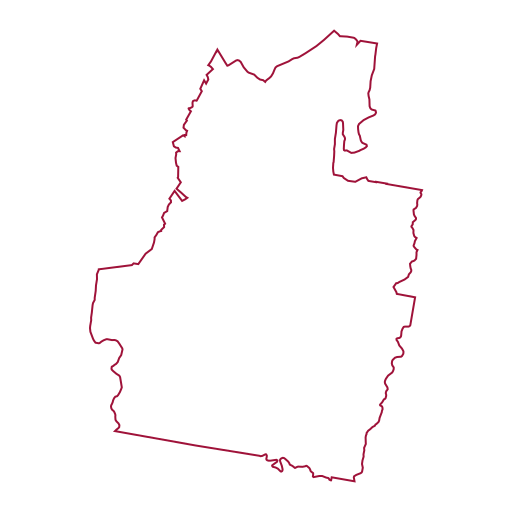 outline of Campbelltown (NSW), New South Wales, Australia
{"feature_id": "25037944B45643684874460", "entity_name": "Campbelltown (NSW)", "entity_type": "district", "adm_level": 2, "iso_a3": "AUS", "parent_name": "Australia", "parent_adm1": "New South Wales", "projection": "robinson", "projection_center": [150.89, -34.074], "detail": "fine", "context": "isolated", "style": "outline", "palette": "rose", "viewbox_px": 512, "rotation_deg": 0, "n_neighbors": 0, "source": "geoboundaries", "source_scale": "gbopen_adm2", "svg_char_len": 6034}
<svg xmlns="http://www.w3.org/2000/svg" viewBox="0 0 512 512"><path d="M98.8,269.3L98.8,269.7L96.9,274.3L97.0,279.2L96.0,285.3L95.7,290.9L94.7,297.8L94.7,299.9L93.0,303.1L92.6,305.1L91.8,312.8L91.1,317.6L91.2,320.2L90.2,325.9L90.0,328.1L90.4,331.8L93.0,338.7L93.9,340.5L95.5,342.7L98.9,343.3L99.7,343.0L101.4,341.6L103.6,340.3L106.4,339.2L107.4,339.2L112.0,340.1L114.3,340.0L115.8,340.3L117.6,341.3L119.2,343.5L122.3,348.4L122.5,349.5L121.2,355.1L119.2,358.0L117.7,362.1L116.1,363.9L114.3,365.0L113.5,365.8L111.8,366.7L111.5,368.3L111.5,369.0L111.8,369.7L113.2,371.1L116.4,373.8L119.1,375.5L119.6,376.1L120.1,377.1L121.8,387.3L121.3,388.8L119.9,392.1L118.1,395.1L117.1,396.2L115.3,396.7L114.1,398.2L113.1,400.4L112.7,402.1L112.0,403.8L111.2,405.3L111.0,406.5L111.3,408.2L112.0,409.6L113.5,410.9L114.1,411.6L115.1,413.9L115.4,415.1L115.3,416.9L115.5,419.8L116.4,421.3L118.5,423.4L119.4,425.1L119.2,427.1L118.3,428.2L116.5,429.6L115.0,431.1L195.7,445.5L259.5,455.8L260.5,456.2L262.3,455.9L265.4,454.3L266.2,454.4L266.8,455.6L266.8,456.5L266.3,459.0L266.7,459.9L267.3,460.3L268.6,460.7L270.3,460.7L276.4,459.8L277.4,460.4L277.4,460.6L277.0,461.8L272.3,465.2L272.1,465.8L272.8,466.8L275.6,467.5L277.9,468.7L280.5,471.3L281.1,471.6L282.0,471.2L282.4,470.6L282.6,469.3L281.8,465.8L280.2,461.5L280.0,460.4L280.2,459.5L280.9,458.7L282.4,457.9L283.3,457.9L284.1,458.1L285.2,458.9L288.2,461.6L289.4,463.4L289.8,464.6L292.4,465.9L294.9,467.9L295.5,467.8L296.4,467.2L298.1,466.6L302.5,466.8L305.1,466.3L306.2,465.8L306.9,466.0L309.3,468.0L310.2,469.6L310.4,470.6L311.0,471.5L313.1,473.1L313.2,474.0L312.9,476.5L313.6,477.1L319.3,476.0L322.2,476.0L326.2,477.6L328.2,478.0L328.8,478.5L329.4,479.7L330.6,480.3L331.1,480.3L331.7,477.3L354.5,481.3L353.8,477.3L354.1,476.3L356.3,474.9L360.6,473.2L361.7,472.4L362.1,471.5L362.8,467.7L362.0,464.0L362.5,460.4L363.6,456.7L363.5,454.3L364.3,450.3L364.1,447.9L365.8,444.0L365.6,437.4L366.0,435.3L366.5,434.3L366.6,433.0L368.2,430.7L370.2,429.2L372.5,427.0L374.8,425.8L375.5,424.5L376.4,424.0L378.5,422.0L379.1,420.7L379.6,417.9L381.8,412.1L381.9,411.0L382.6,409.1L382.4,407.4L382.0,406.4L380.2,405.4L380.0,404.9L380.4,404.2L382.1,402.4L383.9,399.4L385.1,398.8L385.6,398.1L386.2,395.8L386.1,394.3L385.8,393.4L385.9,392.2L386.5,390.7L386.9,390.4L387.7,389.2L387.4,387.4L385.1,383.6L384.8,382.0L385.1,380.6L385.9,378.8L388.1,375.6L392.2,372.5L393.1,370.9L393.7,369.1L393.7,367.4L392.3,365.4L391.8,363.4L392.1,361.1L392.7,359.9L395.0,357.7L397.1,357.0L401.1,356.7L402.0,356.0L403.3,353.8L403.5,351.8L403.2,350.8L401.9,348.5L399.3,345.5L397.9,341.8L396.5,339.9L396.5,338.8L397.2,338.3L399.6,337.9L400.9,336.6L401.2,335.2L401.5,331.4L402.6,328.6L403.7,326.9L404.9,326.6L408.6,326.6L409.6,326.1L410.3,325.2L415.1,297.3L396.8,293.9L396.4,292.2L393.5,287.0L396.2,283.2L397.6,283.1L399.3,282.0L404.6,279.5L408.1,276.9L408.9,274.3L410.7,272.3L411.3,270.9L411.2,269.6L410.7,268.5L410.3,266.5L410.0,263.8L411.9,261.5L413.6,261.0L414.6,260.4L416.1,258.8L416.5,255.0L416.5,252.2L417.5,250.0L416.4,249.5L414.3,247.1L413.7,246.2L413.6,245.5L414.5,243.1L414.9,241.1L416.6,238.0L414.8,236.8L414.2,235.9L413.4,233.0L413.5,230.0L412.5,228.1L411.5,226.9L411.4,226.3L412.7,224.4L412.8,222.2L415.5,219.9L416.0,219.0L416.0,218.0L414.5,215.8L413.9,214.4L413.5,210.6L413.6,209.5L416.0,207.9L417.1,206.0L417.3,204.6L417.1,203.1L417.4,200.2L417.9,199.1L420.1,197.3L420.7,196.6L421.4,194.8L421.3,194.0L420.6,193.0L420.5,192.4L421.7,190.9L422.0,190.1L386.6,184.0L386.8,183.6L376.1,181.8L376.1,182.2L368.4,180.9L367.2,179.2L366.3,177.3L361.8,178.3L355.3,181.8L348.0,180.8L343.8,178.0L342.5,176.2L333.9,174.6L333.3,171.5L333.0,167.9L333.3,162.9L333.6,162.2L334.1,156.0L334.3,151.5L334.1,149.0L334.9,144.2L334.9,138.9L335.9,132.8L336.5,125.3L336.9,122.9L338.1,121.1L339.1,120.4L340.6,120.1L341.7,120.4L342.7,121.6L343.0,123.0L343.3,130.0L342.8,132.8L342.8,134.3L344.4,136.7L345.0,138.2L344.9,139.7L344.3,141.1L344.0,144.7L343.8,148.8L344.0,150.1L344.8,150.6L346.8,150.4L351.3,152.9L354.4,152.6L359.6,150.7L360.0,150.3L363.7,148.7L365.9,147.3L366.9,146.1L366.5,144.7L362.7,143.0L362.1,142.6L361.2,141.2L360.8,140.3L359.8,135.7L359.0,134.3L358.5,132.3L358.1,129.1L358.0,126.2L359.0,124.0L363.6,120.1L368.7,117.4L373.4,115.5L375.1,114.4L376.0,112.7L375.7,111.0L375.4,110.5L371.9,109.6L370.8,108.8L370.2,107.9L369.6,106.2L369.4,99.4L368.6,96.0L368.3,93.3L368.7,92.0L369.6,90.2L370.2,87.7L370.6,81.2L371.8,75.3L374.2,69.0L375.1,56.3L375.4,54.7L376.2,48.0L377.1,43.5L360.5,40.8L356.8,44.8L357.1,43.4L357.5,42.4L357.4,41.3L356.2,39.6L354.4,38.0L353.5,37.7L347.2,36.6L339.9,36.2L338.1,34.1L334.1,30.7L324.0,39.9L316.4,46.1L305.4,53.3L299.2,57.0L297.6,57.7L293.9,58.3L292.2,59.1L288.6,61.4L277.1,66.2L275.5,67.5L274.5,69.6L273.0,73.3L271.1,76.4L269.3,78.1L267.0,79.8L265.8,80.9L265.2,81.9L263.2,80.2L260.0,79.5L257.3,77.7L254.2,74.6L248.6,72.6L247.4,71.7L243.7,67.3L240.7,61.9L239.0,60.5L237.5,60.1L236.1,60.5L228.5,65.3L227.3,65.7L225.6,63.1L217.4,49.6L216.6,51.5L216.4,51.3L211.0,61.4L208.3,65.2L209.2,65.6L210.9,66.8L212.9,69.1L206.6,74.9L207.8,77.1L208.3,79.5L206.1,83.6L204.1,80.3L200.3,88.8L201.8,91.2L197.0,100.1L196.6,100.7L195.3,100.4L194.5,100.4L193.1,101.0L192.6,102.1L192.5,103.1L192.7,106.1L192.5,106.7L191.8,107.3L190.0,108.1L188.7,108.3L188.6,108.6L189.5,110.1L190.9,111.3L186.2,119.6L186.9,120.6L183.9,124.8L183.5,127.7L186.0,130.3L187.1,130.8L186.4,132.7L186.2,135.1L184.8,135.0L184.7,136.3L183.1,135.3L172.8,142.1L173.9,146.3L175.9,147.6L178.0,147.9L179.6,151.2L177.9,151.2L176.1,152.6L176.2,154.3L175.5,158.1L176.0,162.8L176.7,165.7L178.3,166.9L178.1,177.1L177.7,177.8L180.8,182.3L176.5,188.7L181.1,192.6L185.8,196.9L187.3,197.8L185.2,199.3L182.1,200.9L174.6,190.9L169.4,198.7L170.9,200.4L171.0,202.3L168.9,204.5L167.7,207.0L167.2,211.1L164.1,212.9L163.0,215.7L162.0,217.4L165.1,223.7L164.0,224.7L164.1,227.1L161.2,229.9L161.2,231.0L159.9,231.3L157.9,232.2L156.4,234.9L154.6,237.4L154.6,239.1L154.0,242.5L151.8,249.0L145.6,253.7L138.3,264.1L133.6,263.4L131.9,265.1L98.8,269.3Z" fill="none" stroke="#9f1239" stroke-width="2"/></svg>